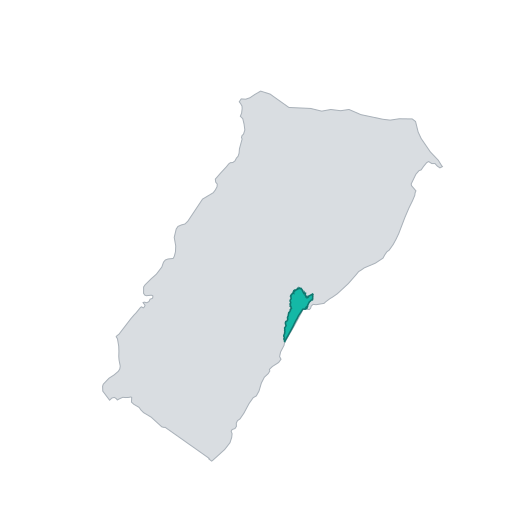 location of Banda, Brong Ahafo, Ghana, rotated 216°
{"feature_id": "2480657B21856882152043", "entity_name": "Banda", "entity_type": "district", "adm_level": 2, "iso_a3": "GHA", "parent_name": "Ghana", "parent_adm1": "Brong Ahafo", "projection": "equal_earth", "projection_center": [-2.367, 8.353], "detail": "fine", "context": "in_parent", "style": "filled", "palette": "teal", "viewbox_px": 512, "rotation_deg": 216, "n_neighbors": 0, "source": "geoboundaries", "source_scale": "gbopen_adm2", "svg_char_len": 7197}
<svg xmlns="http://www.w3.org/2000/svg" viewBox="0 0 512 512"><g transform="rotate(216 256 256)"><path d="M300.5,56.6L303.5,60.4L304.2,62.5L303.1,70.7L300.9,76.4L299.6,81.8L299.8,84.5L301.1,87.1L305.7,91.4L308.0,94.1L310.8,98.2L314.0,102.3L319.4,107.6L321.7,108.5L321.6,110.0L320.9,112.0L320.4,131.7L320.0,136.7L319.6,139.3L319.2,146.6L318.6,147.7L317.6,147.6L316.6,147.9L316.4,149.4L316.8,150.9L320.0,151.9L319.3,153.0L316.9,154.0L315.8,156.2L316.3,158.8L314.9,160.8L315.3,162.2L316.2,163.2L317.6,162.8L321.4,159.4L323.0,159.0L325.0,159.7L328.7,164.9L328.8,167.4L327.4,176.1L325.9,182.8L325.7,191.7L327.2,196.7L327.0,199.5L325.4,201.9L321.6,205.3L321.9,207.7L323.6,212.0L326.8,216.9L333.1,223.0L336.4,230.9L336.5,234.1L334.6,237.3L332.3,240.1L331.6,244.1L332.7,270.6L327.8,282.0L327.7,285.3L328.2,289.1L329.6,291.4L332.1,292.1L334.1,294.3L333.4,302.3L332.4,310.6L332.2,314.5L331.6,316.4L329.7,318.0L328.9,320.6L329.4,323.8L329.1,326.1L330.1,329.2L332.4,333.0L336.0,342.5L337.4,343.3L338.1,345.3L337.7,347.2L339.1,351.4L343.1,355.6L347.4,359.3L350.8,359.8L351.6,363.1L353.9,367.2L355.5,369.1L358.1,370.3L360.2,370.9L360.3,374.4L356.5,376.8L353.9,380.5L351.9,386.0L349.2,392.1L339.7,395.3L336.1,395.3L316.7,395.5L298.5,407.5L288.0,411.8L281.6,418.5L272.9,423.3L266.9,429.2L254.3,432.0L233.7,441.2L227.3,444.8L220.8,451.2L210.2,458.7L206.0,458.6L197.7,451.6L191.4,448.1L176.2,442.7L164.8,440.6L159.2,438.3L157.7,437.9L159.0,435.4L162.2,435.3L165.5,436.0L168.1,434.1L171.8,433.9L172.8,431.9L173.1,426.8L173.0,422.7L174.3,420.9L174.7,416.1L172.8,405.5L171.5,404.3L164.9,402.7L164.4,400.6L163.2,398.4L161.9,392.9L160.5,384.8L158.2,374.7L153.7,358.0L152.6,352.1L151.8,346.1L151.7,339.0L152.6,336.3L152.5,332.6L152.0,328.9L155.2,320.4L161.4,310.1L162.7,306.3L163.8,303.7L164.0,300.0L165.1,287.9L168.0,273.3L169.9,267.8L171.2,264.8L172.7,259.9L173.1,257.7L178.8,251.9L181.4,250.4L181.9,248.1L181.1,245.7L181.4,244.0L182.8,243.2L184.9,242.5L186.4,240.1L184.0,222.2L182.1,204.2L182.0,202.7L180.8,200.2L179.7,192.8L177.8,188.5L175.1,187.2L175.1,183.2L177.8,176.3L178.5,172.2L177.2,171.0L177.0,167.9L178.0,162.8L177.5,159.7L177.0,156.4L174.2,148.5L173.5,143.0L175.0,139.7L174.9,132.6L173.4,121.7L173.2,114.8L174.2,111.9L173.7,109.2L171.7,106.6L171.6,104.0L173.3,101.6L173.1,99.6L170.9,98.2L169.0,94.9L167.3,89.6L167.6,81.0L170.9,65.3L171.3,64.0L174.9,64.1L174.9,64.7L186.3,64.6L199.3,64.4L214.8,64.2L228.9,64.0L229.5,63.3L231.8,62.4L246.0,64.0L254.9,63.2L258.7,63.8L261.5,64.8L267.6,64.2L270.9,64.6L273.4,68.5L274.4,68.4L275.8,66.8L278.2,64.9L280.7,63.4L282.5,60.3L283.6,58.0L285.2,58.5L287.5,58.3L289.1,56.4L289.7,53.3L300.5,56.6Z" fill="#d9dde1" stroke="#a8b0b8" stroke-width="1"/><path d="M204.7,244.8L204.6,244.5L204.6,244.3L204.5,243.9L204.2,244.0L203.8,243.7L203.6,243.3L203.1,242.8L203.1,242.7L202.6,242.4L202.4,241.8L202.5,241.2L202.4,240.8L202.4,240.5L202.3,240.2L201.9,239.5L201.2,239.3L200.9,239.0L200.5,238.7L200.4,238.4L200.2,238.1L200.3,237.9L200.4,237.6L200.3,237.4L200.1,237.0L199.9,236.8L199.6,236.8L199.5,236.7L199.4,236.7L199.3,236.4L199.1,235.9L198.9,235.5L198.4,235.8L197.9,235.5L197.9,235.3L197.7,235.2L197.2,234.8L196.9,234.7L196.6,234.6L196.6,234.3L196.7,234.2L196.7,233.9L196.7,233.6L196.8,233.1L196.7,233.1L196.4,232.9L196.3,232.7L196.3,232.3L196.2,231.6L196.0,231.2L195.9,230.9L195.9,230.7L196.1,230.4L196.0,230.2L196.0,229.9L196.1,229.6L196.2,229.3L196.1,229.1L196.0,228.9L195.7,228.7L195.7,228.3L195.6,228.0L195.5,227.9L195.2,227.3L195.0,227.1L194.9,226.9L194.8,226.4L194.7,226.3L194.7,226.1L194.6,225.7L194.6,225.4L194.3,224.6L194.1,224.5L193.9,224.4L193.6,224.1L193.5,223.9L193.5,223.6L193.3,223.5L193.1,223.4L192.9,222.8L192.8,222.6L192.8,221.7L192.9,221.2L193.3,220.7L193.4,220.4L193.1,219.8L192.9,219.3L192.9,219.2L192.7,219.2L192.6,218.9L192.4,218.6L192.2,218.3L192.0,218.2L191.8,218.2L191.6,218.0L191.3,217.6L190.9,217.5L190.9,217.3L190.7,217.1L190.6,216.5L190.6,216.3L190.6,216.0L190.5,215.8L190.5,215.6L190.6,215.3L190.6,215.0L190.6,214.8L190.6,214.6L190.4,214.4L190.0,214.1L189.9,213.8L189.7,213.7L189.4,213.5L189.2,212.8L188.8,212.3L188.4,212.2L188.3,211.9L187.9,211.3L187.7,210.6L187.4,210.3L187.2,210.0L187.2,209.7L187.2,209.4L187.1,209.1L186.9,208.5L186.8,208.1L186.7,207.8L186.1,207.2L185.5,207.0L185.2,206.8L185.0,206.6L185.0,206.2L184.8,205.9L184.8,205.4L184.7,205.2L184.4,205.1L183.5,204.5L183.1,204.2L182.7,203.6L182.4,203.7L182.6,204.1L183.1,208.5L183.2,209.0L183.2,209.6L183.5,211.6L183.6,212.7L183.8,213.6L183.8,214.4L184.4,219.0L184.8,221.7L185.1,222.9L185.5,225.5L185.9,227.9L185.9,228.5L185.9,229.1L186.5,232.2L186.6,233.9L186.7,237.1L186.8,237.9L186.9,239.9L186.9,240.4L186.8,240.5L186.3,241.1L185.8,241.3L184.6,242.2L184.1,244.0L184.3,244.2L184.5,244.2L184.5,244.3L184.6,244.2L184.8,244.2L185.0,244.2L185.2,243.9L185.3,243.8L185.3,244.1L185.2,244.3L185.3,244.6L185.2,244.7L185.2,244.8L185.2,245.1L185.1,245.5L184.9,246.0L185.0,246.3L185.4,246.8L185.5,247.0L185.5,247.5L185.4,247.7L185.4,247.9L185.5,248.2L185.6,248.7L185.7,249.0L185.7,249.5L185.8,249.5L185.9,249.9L185.6,251.2L185.5,251.4L185.5,251.6L185.4,252.2L185.4,252.7L185.1,253.2L184.9,253.5L184.7,253.5L184.7,253.8L184.8,253.9L184.7,254.0L184.9,254.2L184.9,254.4L185.0,254.5L185.0,254.8L185.4,255.0L185.5,255.3L185.6,255.6L185.8,255.8L186.0,256.0L186.1,256.3L186.3,256.5L186.5,256.8L186.5,257.0L186.9,257.1L187.1,257.6L187.2,257.8L187.2,258.2L187.2,258.3L187.4,258.4L187.6,258.5L187.9,258.5L187.9,258.3L188.0,258.3L188.3,257.5L189.1,256.0L189.2,255.5L189.3,255.3L189.7,254.9L189.9,254.3L189.7,253.9L189.5,253.5L189.7,252.8L189.8,252.4L189.7,252.1L189.8,252.2L190.0,252.1L190.1,252.3L190.8,252.6L191.0,252.6L191.2,252.8L191.3,252.7L191.3,252.8L191.4,252.7L191.5,252.6L191.9,252.8L192.1,253.0L192.2,252.9L192.3,253.0L192.5,252.9L192.7,253.0L193.2,253.3L193.3,253.3L193.4,253.5L193.5,253.5L193.6,253.8L193.5,254.0L193.7,254.4L193.8,254.4L193.8,254.6L194.1,254.7L194.2,254.9L194.3,254.8L194.3,254.7L194.2,254.7L194.4,254.6L194.5,254.6L194.5,254.4L194.7,254.2L195.1,254.0L195.4,254.1L195.6,254.4L195.6,254.2L195.8,254.4L196.0,254.3L196.1,254.2L196.3,254.3L196.5,254.6L196.8,254.6L197.1,254.8L197.4,254.9L197.5,254.9L197.6,255.3L197.8,255.3L198.2,255.5L198.4,255.6L198.6,255.7L198.8,255.6L199.1,255.8L199.4,256.0L199.5,256.0L199.8,256.0L200.1,256.1L200.4,256.3L200.5,256.3L200.5,256.1L200.8,256.1L201.1,255.9L201.2,255.7L201.1,255.8L201.2,255.6L201.3,255.6L201.5,255.6L201.8,255.6L202.0,255.6L201.9,255.5L202.0,255.5L202.0,255.4L202.0,255.2L202.2,254.9L202.2,255.0L202.4,255.0L202.4,254.9L202.6,254.6L202.6,254.2L202.7,253.9L202.8,253.7L202.9,253.8L202.9,253.7L203.0,253.7L203.2,253.3L203.3,253.4L203.3,253.2L203.4,252.8L203.5,252.4L203.6,252.2L203.8,252.1L203.8,251.5L204.0,251.4L204.0,251.5L204.5,251.3L204.5,251.0L204.7,250.9L204.8,250.9L204.9,250.6L204.5,250.4L204.4,250.3L204.2,250.2L204.0,249.9L204.2,249.7L204.5,250.1L204.8,249.9L204.7,249.8L204.6,249.6L204.4,249.4L204.5,249.2L204.4,249.2L204.4,248.9L204.3,248.6L204.1,248.4L203.9,248.3L203.8,248.2L204.0,248.2L204.2,247.9L204.2,247.7L204.4,247.8L204.4,247.7L204.5,247.6L204.5,247.2L204.6,246.5L204.6,246.2L204.7,245.8L204.6,245.6L204.5,245.4L204.5,245.2L204.7,244.9L204.7,244.8Z" fill="#14b8a6" stroke="#0f766e" stroke-width="1.5"/></g></svg>